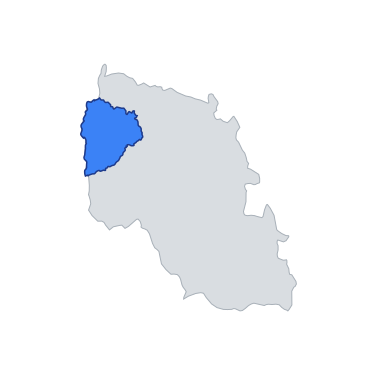 Plzeňský on a map of Czechia (Mercator projection), rotated 43°
{"feature_id": "CZE-10369", "entity_name": "Plzeňský", "entity_type": "Region", "adm_level": 1, "iso_a3": "CZE", "parent_name": "Czechia", "parent_adm1": "", "projection": "mercator", "projection_center": [13.338, 49.523], "detail": "fine", "context": "in_parent", "style": "filled", "palette": "blue", "viewbox_px": 384, "rotation_deg": 43, "n_neighbors": 0, "source": "natural_earth", "source_scale": "10m", "svg_char_len": 6607}
<svg xmlns="http://www.w3.org/2000/svg" viewBox="0 0 384 384"><g transform="rotate(43 192 192)"><path d="M343.2,213.6L342.1,213.7L339.5,214.8L336.2,215.2L332.7,215.0L329.9,216.8L327.2,219.8L324.5,221.9L323.1,223.7L322.3,225.7L313.1,231.1L311.8,233.3L310.8,236.4L310.4,240.6L309.7,244.3L308.2,246.2L303.2,247.9L302.0,248.8L301.1,250.7L298.3,253.6L295.1,256.4L289.1,259.5L282.7,260.5L274.4,259.5L269.5,258.2L267.1,259.6L263.9,263.7L260.4,270.7L258.9,276.0L257.8,274.5L255.8,268.9L253.6,268.2L250.5,267.7L248.1,266.8L243.1,263.6L240.6,262.6L237.6,262.4L234.8,264.3L232.7,266.5L226.0,266.5L218.7,265.4L208.3,258.0L205.6,257.9L202.8,258.2L198.2,256.5L189.4,251.6L185.3,250.5L182.7,251.2L180.3,252.3L178.6,252.4L177.6,250.8L174.3,248.9L171.0,248.6L170.1,249.8L169.0,260.5L167.8,264.3L163.3,264.1L161.7,266.0L158.2,271.1L157.5,276.0L151.3,275.1L148.4,274.2L145.8,274.9L143.0,277.6L135.0,277.4L128.7,275.8L126.0,269.7L123.1,267.3L119.4,265.1L118.2,264.6L116.1,261.3L112.3,257.1L106.2,251.5L101.4,251.8L99.6,250.3L98.8,248.2L96.8,244.6L94.6,242.0L91.8,241.1L87.9,237.9L82.7,230.9L77.9,226.0L73.2,226.1L70.3,223.6L67.3,220.3L65.1,217.0L61.7,209.2L59.2,204.7L57.3,201.9L55.1,199.6L54.3,197.8L56.9,193.6L57.9,191.5L59.1,189.9L59.7,188.2L59.7,186.9L57.3,182.7L54.0,179.7L49.2,176.7L46.1,172.8L44.9,169.3L44.6,167.4L42.5,164.7L40.8,160.9L40.8,158.5L41.2,157.9L42.8,157.9L44.6,159.5L47.1,162.5L49.2,167.0L50.5,165.3L52.8,160.5L57.1,155.1L61.4,152.1L65.3,151.8L68.4,151.0L71.1,149.4L75.7,150.1L79.0,151.2L80.1,150.5L81.5,147.7L82.3,145.2L89.7,143.8L92.3,139.2L93.7,139.2L95.3,138.5L96.9,136.7L98.4,136.0L99.6,136.9L101.2,137.4L102.8,136.3L105.2,130.9L106.6,130.1L113.1,129.3L121.9,126.1L126.4,123.3L130.8,121.7L135.5,119.0L143.0,116.3L143.4,115.2L139.9,112.5L138.7,110.8L137.9,109.0L139.2,107.0L140.8,106.4L142.9,107.2L149.2,108.4L150.9,109.6L151.6,112.3L153.2,114.9L154.4,115.2L154.0,119.4L156.0,121.0L158.9,122.3L160.8,122.0L162.2,120.3L162.8,119.2L166.6,119.0L170.6,117.2L170.9,114.3L170.6,108.9L171.0,108.1L177.0,109.6L182.9,112.1L183.7,117.5L185.3,120.1L187.2,122.5L189.0,123.6L192.1,123.8L200.2,127.0L204.1,127.6L208.1,129.8L211.4,132.1L213.9,132.5L215.0,135.0L216.5,136.7L219.2,135.4L228.8,133.6L232.3,136.0L234.7,138.6L235.0,139.4L233.8,141.6L233.2,143.4L232.2,144.5L228.9,145.8L227.0,147.8L225.6,149.9L226.5,152.0L229.2,153.6L231.2,153.9L231.9,155.5L238.1,162.3L242.9,171.1L244.8,172.5L246.6,172.8L248.7,171.5L251.1,168.7L253.9,166.6L256.3,165.5L260.6,163.1L260.7,161.5L257.2,155.5L255.2,150.6L255.7,149.7L260.2,150.5L267.9,153.1L279.7,161.8L281.8,161.8L285.9,161.2L290.4,159.8L292.5,158.1L293.3,158.7L294.0,163.5L292.9,166.1L287.5,168.6L287.8,169.9L289.2,171.5L291.6,172.6L294.5,175.7L296.5,179.2L298.3,180.8L300.3,181.6L305.2,179.7L306.6,178.2L307.2,177.2L308.1,177.4L309.8,179.1L310.3,180.2L315.1,182.1L317.8,184.5L319.6,185.6L321.5,184.5L329.0,186.5L331.1,188.1L331.8,190.7L331.4,192.3L332.6,196.5L342.1,206.5L343.1,211.6L343.2,213.6Z" fill="#d9dde1" stroke="#a8b0b8" stroke-width="1"/><path d="M58.4,191.7L58.7,190.6L59.8,188.7L60.1,187.6L60.3,186.3L62.4,186.7L62.8,186.6L63.1,186.4L64.4,185.2L64.6,185.1L64.8,185.1L66.2,185.6L66.9,185.6L67.6,185.5L67.8,185.4L69.2,183.8L69.5,183.6L72.9,183.7L73.9,184.7L74.1,184.8L74.3,184.9L75.5,184.0L75.9,183.9L76.0,183.9L77.2,184.5L78.0,184.7L78.4,184.4L79.0,181.4L79.2,181.1L79.5,180.9L83.6,178.6L84.6,177.5L85.1,177.2L85.3,177.2L88.4,177.8L90.0,179.6L90.5,179.8L91.1,179.8L91.4,179.7L91.6,179.5L91.6,179.3L91.1,177.2L91.1,176.8L91.1,176.4L91.2,176.2L91.3,176.0L93.9,175.4L94.1,175.2L93.8,174.2L93.7,173.8L93.6,173.4L93.7,172.9L93.9,172.6L94.2,172.3L94.6,172.1L95.0,172.5L95.5,173.2L95.8,173.5L96.2,173.7L98.2,174.2L98.9,174.2L99.8,173.6L100.3,175.0L100.4,175.3L100.3,175.6L100.2,176.0L100.0,176.3L99.8,176.8L99.8,177.1L100.0,177.4L100.2,177.5L100.5,177.5L101.2,177.4L102.1,176.8L102.3,176.8L102.6,176.8L103.2,177.0L103.9,177.2L104.7,177.6L106.9,179.7L107.3,179.9L108.1,180.0L108.7,180.0L109.3,179.8L109.7,179.8L110.1,179.8L111.0,180.1L111.4,180.3L111.8,180.5L113.0,181.8L113.3,182.1L113.6,182.2L115.1,182.7L115.4,182.9L115.5,183.1L115.6,183.4L115.7,183.7L118.0,184.9L118.4,185.4L118.6,185.7L118.6,185.9L118.5,186.2L118.5,186.5L118.6,186.9L119.1,188.4L119.1,188.7L119.1,188.9L119.0,189.0L118.9,189.1L118.7,189.2L118.5,189.3L118.1,189.3L117.9,189.3L117.7,189.7L117.7,190.0L117.7,190.6L117.7,190.9L117.7,191.1L117.6,191.3L117.1,192.8L117.1,193.0L117.2,193.6L117.3,193.9L117.2,194.3L116.8,195.8L116.7,196.1L116.7,196.6L116.8,196.7L116.9,196.8L117.3,197.0L117.6,197.2L117.7,197.4L117.7,197.6L117.6,198.0L116.5,199.2L116.1,199.5L115.8,199.7L114.5,200.0L113.9,200.3L113.4,200.6L112.9,201.1L112.6,201.4L112.5,201.8L112.7,202.0L113.4,202.7L113.4,202.9L113.4,203.1L113.0,203.3L112.7,203.5L113.3,204.0L113.5,204.3L113.4,204.5L113.1,204.8L113.0,205.2L113.1,205.7L113.2,206.0L113.5,206.1L113.9,206.3L114.2,206.5L114.6,207.0L114.8,207.3L114.8,207.7L114.8,209.4L114.9,210.1L115.0,210.5L115.1,210.9L115.6,211.4L115.9,211.9L116.0,212.3L116.0,212.7L115.8,213.4L115.6,214.0L115.5,214.5L115.5,215.1L116.1,216.5L116.7,218.7L116.8,219.3L116.7,219.7L116.4,221.0L116.3,222.0L116.4,222.9L116.7,224.1L116.7,224.7L116.7,225.1L116.5,225.6L115.6,227.0L115.2,227.9L115.0,228.8L114.8,229.3L114.6,229.6L114.4,229.7L113.6,230.2L113.5,230.4L113.2,230.6L113.2,230.9L113.2,231.1L113.5,231.8L113.5,232.2L113.4,232.4L113.3,232.7L113.0,233.1L112.8,233.3L112.8,233.6L112.8,233.8L113.0,234.1L113.7,234.7L113.9,235.2L113.8,235.5L113.6,235.7L113.2,235.8L112.7,236.1L112.3,236.5L111.2,238.8L110.7,239.4L110.6,239.5L110.4,239.5L109.8,239.4L109.4,239.6L108.9,240.2L108.3,241.7L108.2,242.7L108.2,243.4L108.3,243.8L108.3,244.1L108.3,244.7L108.2,245.1L108.0,245.5L107.0,246.4L106.0,248.1L105.0,250.2L105.0,250.8L104.8,250.8L104.1,251.0L103.7,251.8L103.2,253.0L102.2,252.5L100.8,251.5L99.5,250.2L98.8,249.2L98.8,247.3L98.3,246.1L96.4,244.1L95.0,242.3L94.5,241.8L93.6,241.5L90.9,241.4L89.6,240.6L88.9,239.5L88.3,238.1L84.1,232.4L83.6,232.1L82.1,230.4L81.9,229.7L81.8,229.1L81.6,228.5L80.8,228.2L79.6,226.8L78.9,226.3L78.1,225.9L76.4,225.4L75.8,225.6L76.0,226.5L75.2,226.6L72.5,226.2L71.6,225.9L70.9,225.2L69.5,221.9L68.6,220.9L66.5,220.0L65.6,219.2L65.1,218.2L64.9,217.1L64.8,214.8L64.7,213.7L64.4,213.4L63.9,213.5L63.4,213.3L62.9,212.8L62.5,212.3L62.3,211.7L62.0,210.8L61.8,210.0L61.6,208.5L61.3,207.8L60.8,207.2L59.7,206.6L59.3,206.1L59.3,205.9L59.5,205.4L59.2,205.2L59.4,204.3L59.4,203.3L59.0,202.6L58.4,202.3L56.9,201.6L56.2,201.1L55.6,200.5L54.6,199.2L54.2,198.3L54.0,197.5L54.5,196.5L56.3,195.7L57.1,195.0L57.2,193.8L57.2,192.4L57.5,191.4L58.4,191.7Z" fill="#3b82f6" stroke="#1e3a8a" stroke-width="1.5"/></g></svg>